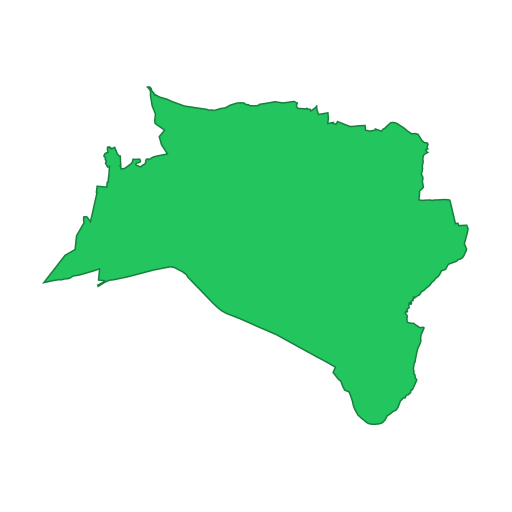 Amacueca, Jalisco, Mexico (orthographic projection), rotated 86°
{"feature_id": "50627088B63985202353030", "entity_name": "Amacueca", "entity_type": "district", "adm_level": 2, "iso_a3": "MEX", "parent_name": "Mexico", "parent_adm1": "Jalisco", "projection": "orthographic", "projection_center": [-103.62, 19.989], "detail": "fine", "context": "isolated", "style": "filled", "palette": "green", "viewbox_px": 512, "rotation_deg": 86, "n_neighbors": 0, "source": "geoboundaries", "source_scale": "gbopen_adm2", "svg_char_len": 5949}
<svg xmlns="http://www.w3.org/2000/svg" viewBox="0 0 512 512"><g transform="rotate(86 256 256)"><path d="M410.3,121.9L409.8,120.8L407.8,119.0L408.0,117.1L407.0,116.7L405.8,115.9L405.0,114.7L405.1,113.6L404.0,112.8L403.4,111.5L401.5,110.9L400.5,110.8L400.3,109.3L393.7,105.7L391.6,104.6L391.3,104.4L390.3,104.4L388.8,105.6L385.4,105.8L384.2,107.0L382.8,106.5L380.4,106.7L379.0,106.9L377.1,106.3L375.1,106.0L372.7,104.7L369.3,103.9L364.0,102.5L360.5,101.4L357.7,100.1L356.1,99.1L353.4,97.8L351.7,97.4L349.8,97.6L347.7,97.1L345.9,96.8L344.0,95.7L340.6,93.9L339.4,93.4L339.0,93.9L338.7,94.2L338.9,95.5L338.9,97.0L338.2,98.9L337.4,99.4L336.8,100.0L336.3,101.3L335.2,102.3L334.1,103.4L334.1,105.0L333.6,106.8L333.2,108.8L332.2,109.7L330.7,109.9L328.5,109.7L327.3,109.4L326.4,109.4L326.0,109.5L325.6,109.6L325.1,109.8L324.9,110.0L324.5,110.3L324.2,110.5L323.7,110.9L323.0,111.0L322.4,110.8L322.0,110.4L322.0,109.8L322.3,109.5L322.4,109.3L322.3,109.1L322.1,108.8L321.9,108.7L321.7,108.7L321.1,108.8L320.9,109.2L320.7,109.3L320.4,109.4L320.0,109.2L319.3,108.8L319.0,108.2L318.9,107.5L318.8,107.4L318.1,107.0L317.9,106.8L317.6,106.8L317.2,106.9L316.4,107.0L316.1,107.0L315.8,106.9L315.3,107.0L315.0,106.9L314.8,106.8L314.7,106.3L313.5,106.5L313.2,106.2L313.3,105.7L314.4,105.3L314.6,105.2L314.8,105.0L314.9,104.8L314.4,104.6L314.4,104.3L314.1,104.2L313.8,104.2L313.6,104.2L313.3,104.1L313.0,104.1L312.6,104.4L312.2,104.3L311.7,103.9L311.5,103.7L311.3,103.5L311.2,103.3L311.4,103.0L311.4,102.8L311.4,102.6L311.4,102.4L311.0,102.4L310.6,102.4L310.0,102.4L309.4,102.3L309.0,101.6L309.0,101.0L309.0,100.7L308.6,100.7L308.1,101.1L308.3,100.1L308.0,99.7L307.9,98.9L306.9,97.6L306.3,95.8L305.7,95.5L305.3,94.9L304.9,94.6L304.5,94.2L303.8,93.9L303.0,93.0L301.9,90.7L300.5,89.2L299.0,87.0L297.3,84.6L294.5,82.4L293.1,80.2L290.9,78.4L289.5,76.1L287.7,74.4L283.6,71.9L283.2,69.7L282.5,67.7L280.1,66.3L277.7,64.7L275.2,56.2L273.7,54.7L273.4,52.6L272.5,50.7L270.8,49.0L269.0,47.9L267.6,47.4L266.0,46.2L265.3,46.0L263.9,45.4L258.3,47.3L254.1,45.8L248.0,43.7L243.7,42.5L240.0,43.6L239.8,51.7L237.5,52.2L237.4,53.4L237.6,54.8L216.6,58.2L215.2,58.5L213.9,58.7L213.3,60.4L212.8,64.2L212.8,68.4L212.6,74.3L212.9,76.7L212.3,77.9L212.2,80.7L212.1,83.8L212.2,86.2L211.7,88.1L211.4,89.6L205.5,88.5L202.8,88.4L199.2,84.2L193.0,84.8L190.1,84.0L188.3,84.3L185.9,85.4L183.0,84.3L180.2,83.7L178.0,83.9L175.8,83.2L173.1,82.6L170.9,82.8L168.2,82.3L166.4,81.1L164.6,77.4L163.8,78.5L161.9,79.3L161.1,77.1L160.3,77.8L159.0,77.6L157.8,77.3L156.5,76.5L155.2,77.3L154.6,80.2L152.1,82.7L149.3,84.0L147.2,85.2L145.8,86.0L144.9,88.8L145.0,92.2L141.6,96.5L139.2,98.8L133.5,106.3L132.3,109.6L132.4,112.2L136.0,116.9L137.6,118.6L138.3,120.4L140.3,122.0L137.7,127.9L138.6,127.7L139.4,133.6L138.1,138.0L133.4,138.1L133.3,146.1L133.5,146.2L133.4,153.2L133.3,153.3L127.6,165.3L130.1,166.8L128.9,170.4L128.2,169.9L128.9,175.2L123.9,174.2L118.2,174.3L119.2,183.8L114.3,185.0L110.8,185.1L112.1,186.3L115.2,191.2L114.9,191.3L113.4,191.8L113.3,193.7L112.7,194.3L112.2,195.0L112.8,195.6L111.6,204.1L108.9,205.3L106.4,204.1L104.5,207.2L105.2,218.5L103.4,226.4L104.0,231.1L104.5,236.7L105.0,242.2L105.9,242.7L106.0,243.6L106.1,247.6L105.5,252.0L104.6,252.9L104.1,255.7L102.6,257.1L102.1,260.7L102.1,264.3L103.7,271.2L106.1,276.4L106.3,279.3L106.5,281.3L107.8,287.1L107.7,288.5L107.1,290.7L107.4,292.6L106.4,294.5L101.4,317.0L95.9,329.3L93.4,333.8L90.7,341.2L87.5,346.1L87.8,346.2L86.4,346.7L85.8,346.8L85.1,347.6L84.1,348.4L83.0,348.7L81.8,348.8L80.2,350.0L79.8,350.9L80.0,352.5L81.2,351.4L83.0,350.2L84.4,349.8L89.0,350.1L94.3,349.5L99.0,349.1L105.2,347.1L107.3,346.4L113.5,347.5L114.6,347.5L115.8,347.6L116.9,347.2L119.5,344.1L119.6,343.9L124.1,338.4L130.2,344.2L138.4,342.5L148.0,337.2L149.4,348.0L150.0,351.2L151.2,353.9L152.4,356.2L151.7,357.0L151.7,358.0L151.9,358.7L154.1,359.6L155.6,359.7L156.6,360.6L157.4,362.6L157.9,363.4L158.9,364.5L158.9,365.6L158.3,366.6L157.9,367.4L157.5,368.2L157.2,368.8L156.9,369.4L156.5,369.5L155.5,369.3L155.0,368.6L154.8,367.0L154.4,365.6L153.7,364.7L152.8,364.7L151.3,365.3L151.2,366.6L151.3,369.2L150.9,371.3L150.9,371.9L152.8,372.5L153.6,372.8L155.3,374.3L159.3,380.5L159.8,384.2L156.8,385.3L156.9,384.6L146.8,384.4L146.8,385.5L145.8,386.2L144.4,387.3L141.6,388.1L137.7,389.4L139.0,392.6L138.4,393.4L137.9,393.4L137.9,394.2L137.4,394.2L137.0,394.3L137.0,394.6L137.0,395.3L137.5,395.2L137.4,395.5L137.1,396.4L138.4,396.8L140.4,396.7L142.3,396.5L143.0,399.1L143.9,400.0L145.7,400.8L145.9,400.6L146.3,400.3L146.7,400.0L147.0,399.7L147.4,399.4L147.5,399.4L148.0,399.4L148.3,399.5L149.3,399.7L150.8,398.7L152.9,399.7L156.9,397.8L156.9,397.1L156.4,396.0L163.2,396.8L172.1,398.5L172.1,399.3L176.9,400.1L175.3,409.6L181.3,410.8L181.5,410.1L210.1,418.7L205.0,422.2L205.0,425.1L208.0,425.5L210.8,425.2L223.3,433.6L226.1,434.1L236.9,436.0L242.0,446.4L246.4,450.4L257.3,460.1L259.2,461.9L267.8,469.5L266.5,460.9L265.9,454.8L266.2,451.6L265.9,450.5L265.6,449.2L265.5,445.0L264.8,442.6L263.2,439.9L262.8,434.7L261.8,429.4L259.5,418.9L257.9,413.0L257.9,412.9L264.4,414.0L269.0,414.8L270.0,408.7L270.8,408.8L274.0,415.7L274.0,415.9L275.3,415.6L271.9,409.1L271.3,407.7L269.9,403.8L269.8,399.9L267.8,385.3L262.9,359.4L261.8,350.9L260.8,342.1L261.8,338.3L263.1,336.1L264.9,333.1L267.7,328.8L268.1,328.9L269.4,326.9L272.3,325.5L277.3,321.3L286.4,313.6L299.5,302.7L304.1,298.5L308.1,294.3L311.2,289.6L316.1,279.1L319.9,271.6L326.3,259.7L335.1,242.7L335.6,241.6L347.0,223.9L355.3,211.1L356.1,209.7L361.1,202.1L362.8,199.2L365.5,194.9L372.4,184.5L377.6,187.2L384.7,182.4L386.8,180.1L391.7,178.7L396.0,176.9L398.1,172.6L402.7,171.2L407.2,170.0L412.6,169.2L416.2,168.0L421.9,165.3L425.7,161.6L427.4,159.7L428.1,159.0L428.9,158.1L429.9,157.1L431.1,155.2L431.8,152.7L432.2,148.7L432.0,144.7L431.1,141.4L428.3,138.4L427.2,137.8L424.7,136.4L422.9,133.2L420.6,130.0L419.8,127.6L418.6,126.2L416.5,124.7L414.9,124.0L414.6,123.8L410.3,121.9Z" fill="#22c55e" stroke="#15803d" stroke-width="1.5"/></g></svg>